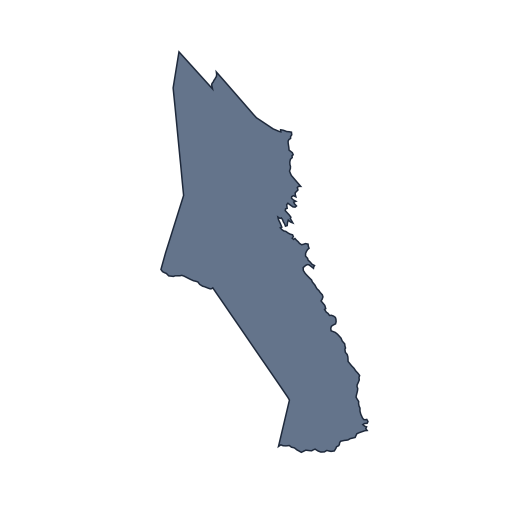 Pinheiro, Maranhão, Brazil, rotated 319°
{"feature_id": "56859067B21077671086214", "entity_name": "Pinheiro", "entity_type": "district", "adm_level": 2, "iso_a3": "BRA", "parent_name": "Brazil", "parent_adm1": "Maranhão", "projection": "equal_earth", "projection_center": [-45.102, -2.495], "detail": "fine", "context": "isolated", "style": "filled", "palette": "slate", "viewbox_px": 512, "rotation_deg": 319, "n_neighbors": 0, "source": "geoboundaries", "source_scale": "gbopen_adm2", "svg_char_len": 3639}
<svg xmlns="http://www.w3.org/2000/svg" viewBox="0 0 512 512"><g transform="rotate(319 256 256)"><path d="M364.0,185.8L362.5,183.9L360.8,182.2L359.8,180.2L358.9,178.7L357.4,176.9L356.2,178.6L355.0,176.8L353.5,173.7L352.3,171.3L347.0,151.9L346.9,147.2L346.9,142.2L346.9,114.5L346.9,108.8L346.9,105.9L346.8,91.1L345.4,93.2L343.9,94.5L342.4,95.0L341.0,95.5L339.6,95.8L337.8,96.6L336.0,96.9L334.8,97.8L332.8,101.4L331.8,51.4L303.7,74.8L292.4,90.8L269.1,123.5L261.9,133.6L258.6,138.3L248.7,152.1L241.1,162.8L221.9,174.6L202.4,186.6L190.1,194.1L175.4,203.8L175.2,206.5L176.0,208.6L176.9,210.3L177.1,213.8L179.0,215.8L180.2,217.2L182.0,217.9L185.6,221.0L187.3,221.9L188.5,224.0L191.0,230.2L192.6,233.7L193.8,235.3L195.1,237.4L194.9,240.5L195.9,243.8L197.0,245.4L198.7,248.7L199.9,250.8L201.1,251.6L202.5,251.7L201.7,258.3L200.8,266.6L199.0,282.0L196.0,308.4L195.7,310.8L192.6,337.6L192.2,341.5L189.2,367.7L187.3,383.7L186.7,386.7L148.0,414.5L150.9,414.8L151.9,416.9L154.1,419.0L156.8,420.9L157.3,423.5L159.1,426.0L159.7,429.3L160.6,431.6L161.4,433.9L163.9,434.6L166.2,435.2L168.6,437.9L170.2,439.5L172.1,439.9L173.9,440.5L174.9,443.9L176.3,446.5L179.1,448.7L181.9,449.2L182.9,450.7L184.4,452.7L187.2,454.5L190.1,453.6L191.6,452.8L194.0,453.4L195.3,452.9L196.6,451.8L198.3,451.3L201.6,453.1L203.2,454.2L204.8,455.2L207.2,455.6L208.7,456.4L211.8,458.0L213.2,457.3L215.5,456.3L218.1,457.1L223.6,459.3L225.4,460.6L225.6,458.3L227.4,457.5L226.4,455.9L226.0,453.3L228.0,453.6L230.1,455.2L231.9,454.4L232.4,452.0L231.1,451.3L230.0,450.1L230.1,448.1L231.3,444.1L232.7,441.3L234.7,439.0L235.3,436.9L236.5,434.8L238.0,433.2L238.5,430.0L238.9,428.2L240.3,427.0L242.8,425.3L244.3,424.2L245.8,422.8L246.6,420.8L247.8,419.6L249.7,418.8L252.6,417.3L254.1,415.2L255.8,414.2L256.0,411.4L255.9,407.9L256.3,405.1L256.1,401.7L256.3,396.0L258.1,393.8L259.2,392.3L260.2,390.1L260.2,387.4L261.9,384.7L263.2,384.2L264.0,382.4L265.3,380.5L265.3,376.7L266.3,373.7L266.2,368.5L265.7,365.7L263.6,361.7L265.1,359.5L266.9,358.5L269.3,358.8L271.5,359.4L273.3,358.2L274.9,356.1L275.6,354.4L275.1,352.2L274.0,350.2L272.5,349.1L272.7,346.5L272.2,344.6L272.7,341.3L274.1,341.5L275.5,338.4L275.6,335.0L275.6,332.6L277.4,332.1L279.7,330.8L280.6,328.8L280.5,325.6L280.8,323.3L280.5,320.7L280.9,318.6L281.4,316.6L281.5,312.5L282.2,310.6L282.0,308.0L281.8,304.8L281.7,301.4L282.2,298.0L284.0,295.7L287.3,295.7L289.0,296.1L290.2,297.4L290.8,300.3L291.3,303.0L292.5,302.0L293.9,301.6L292.9,299.2L292.9,295.7L292.6,293.3L293.4,291.6L293.3,288.6L295.2,286.5L297.2,285.6L299.2,285.0L301.1,285.0L301.9,282.9L303.1,281.2L301.5,279.1L299.5,278.3L297.8,277.4L297.1,275.0L297.2,273.1L296.9,270.5L296.9,268.3L295.3,268.2L295.0,266.3L296.9,265.9L297.5,264.0L296.1,261.8L295.3,259.7L294.6,256.9L293.4,255.3L292.9,253.2L292.8,250.7L294.4,251.2L295.8,247.1L296.8,243.3L298.1,240.9L298.8,243.4L300.1,243.8L299.9,246.0L299.1,248.0L298.7,250.4L297.8,252.8L299.5,253.5L301.5,251.6L303.9,250.1L304.3,252.9L305.5,255.2L306.0,252.8L306.4,250.3L307.8,249.6L308.0,246.6L307.9,243.8L307.8,241.0L309.3,239.8L310.8,240.5L311.8,238.9L312.8,237.4L314.7,237.1L315.4,240.4L316.1,243.2L317.6,244.8L319.4,244.8L319.3,241.8L319.8,240.0L322.0,240.9L321.0,238.2L320.7,235.7L321.9,234.6L323.8,235.0L324.9,237.5L325.9,235.4L327.1,234.0L331.0,233.7L332.1,231.4L333.8,231.4L335.4,232.8L335.5,218.5L336.2,216.1L337.0,213.9L339.4,212.5L340.8,211.0L341.6,209.2L343.2,207.2L345.4,205.6L347.9,205.5L349.0,203.9L350.5,204.0L351.2,201.9L350.8,199.7L350.4,197.8L352.0,195.6L353.4,193.4L354.4,191.8L355.7,190.3L357.3,189.7L359.2,190.0L360.5,188.5L362.5,188.0L364.0,185.8Z" fill="#64748b" stroke="#1e293b" stroke-width="1.5"/></g></svg>